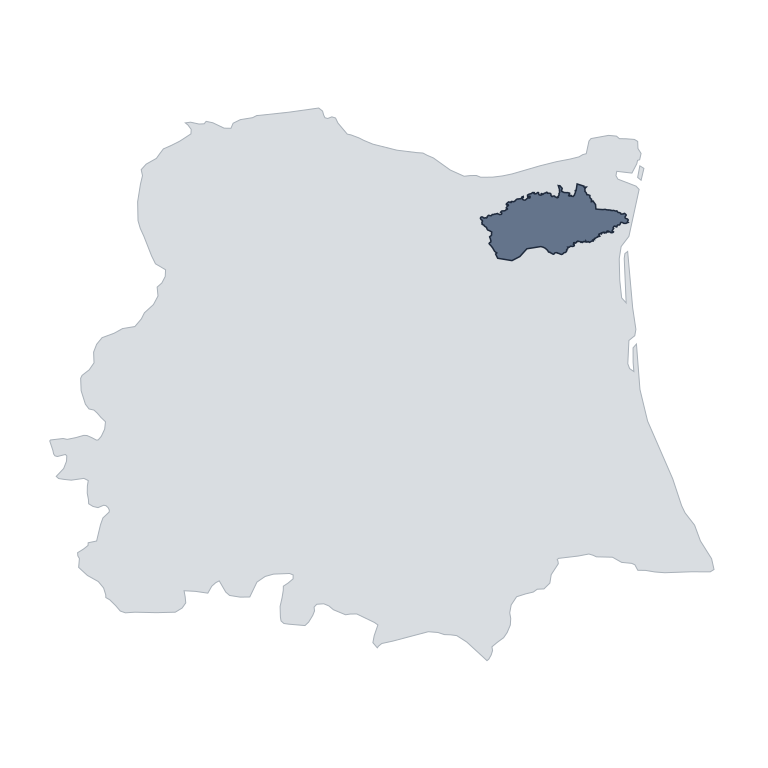 Me, Agnéby, Ivory Coast shown in context, rotated 271°
{"feature_id": "98640826B88194950838049", "entity_name": "Me", "entity_type": "district", "adm_level": 2, "iso_a3": "CIV", "parent_name": "Ivory Coast", "parent_adm1": "Agnéby", "projection": "natural_earth1", "projection_center": [-3.666, 5.937], "detail": "fine", "context": "in_parent", "style": "filled", "palette": "slate", "viewbox_px": 768, "rotation_deg": 271, "n_neighbors": 0, "source": "geoboundaries", "source_scale": "gbopen_adm2", "svg_char_len": 9617}
<svg xmlns="http://www.w3.org/2000/svg" viewBox="0 0 768 768"><g transform="rotate(271 384 384)"><path d="M165.6,109.6L168.3,109.5L175.2,107.2L181.5,101.8L187.4,90.8L195.3,81.9L204.2,82.5L206.8,80.9L210.0,80.6L213.7,86.4L217.4,90.9L220.1,91.0L222.0,99.4L238.3,103.0L245.2,105.3L251.1,111.4L253.1,111.6L255.6,110.3L257.5,108.1L257.9,105.8L255.4,100.2L256.5,95.2L259.1,90.8L263.3,90.5L269.6,89.2L276.9,89.2L282.3,90.0L284.4,85.6L282.4,73.0L283.0,66.1L283.8,60.3L285.9,57.9L293.9,65.2L301.2,67.9L306.5,68.1L308.0,66.7L305.8,58.7L306.4,56.3L308.3,54.9L311.8,54.1L321.2,50.8L322.2,51.5L323.9,64.1L323.1,68.2L325.0,76.8L327.4,84.7L327.3,87.9L325.2,92.9L322.9,97.4L323.1,99.2L326.8,102.3L334.0,105.5L341.4,106.2L345.6,101.6L349.9,97.8L352.9,94.4L353.9,89.5L358.6,85.8L372.0,81.3L384.4,80.6L387.4,82.0L393.0,89.0L400.1,93.7L410.8,93.1L418.7,96.0L425.4,101.3L430.0,113.2L434.9,121.7L437.1,133.9L444.9,140.3L451.0,143.2L459.4,152.1L468.0,156.5L476.9,155.5L481.1,160.1L487.7,163.4L494.4,163.6L500.2,153.4L508.0,149.4L527.6,141.3L535.3,137.6L543.1,135.2L561.9,134.5L579.5,137.0L588.1,138.9L594.1,137.5L599.7,142.4L605.6,152.5L610.4,155.8L615.2,159.3L618.9,167.3L623.1,175.3L625.4,178.8L630.7,186.6L635.2,186.8L639.6,183.4L641.6,180.8L642.4,186.0L640.7,194.4L641.0,199.6L643.5,201.6L642.2,208.3L637.0,219.7L637.0,226.5L642.1,228.6L645.8,235.7L648.0,248.0L650.2,252.1L650.4,254.6L654.1,284.2L658.8,313.9L655.8,317.8L651.8,319.0L649.2,320.3L648.5,323.1L650.2,327.2L649.1,330.9L644.1,333.4L633.2,342.9L632.5,346.6L629.6,354.7L627.2,359.6L623.6,368.7L618.0,392.8L615.9,412.8L615.6,418.9L613.4,423.2L610.9,429.4L599.1,446.5L593.1,460.5L593.9,466.6L594.1,472.7L592.4,477.1L592.7,488.9L594.1,498.8L596.3,508.5L604.8,535.9L609.3,552.6L612.1,566.0L614.5,575.0L616.8,578.7L617.8,582.2L630.5,584.7L633.0,586.7L636.5,604.2L635.9,612.1L633.4,615.1L633.4,621.8L632.9,630.1L631.0,633.4L623.9,633.8L619.0,637.0L612.7,635.7L612.0,633.6L608.6,632.9L599.2,628.2L600.7,613.0L596.3,612.3L592.9,614.3L586.2,632.6L583.0,635.7L535.9,626.3L525.6,618.7L513.3,617.0L492.0,617.9L474.3,620.1L469.3,624.7L513.8,622.0L518.6,622.6L520.8,625.3L464.5,631.3L443.0,634.9L436.7,633.9L431.8,628.1L408.5,627.4L403.7,629.3L400.8,633.6L410.0,632.7L424.5,632.4L428.4,635.7L383.0,640.0L351.5,648.2L338.2,654.3L294.3,674.3L267.5,683.7L260.5,687.2L248.3,697.0L232.6,703.1L215.0,714.6L204.3,717.2L201.9,713.5L201.6,694.1L200.2,668.0L200.8,658.1L202.2,648.7L202.2,641.0L207.6,638.0L209.0,634.8L209.8,624.7L214.8,615.5L214.9,599.4L216.4,596.1L217.6,591.8L215.4,581.3L212.7,561.5L211.3,560.2L210.1,561.0L207.3,561.4L196.3,554.5L187.8,553.3L181.9,547.5L181.5,540.8L178.6,536.9L176.6,529.2L173.6,520.3L165.3,515.0L157.4,513.7L151.8,514.8L145.2,514.5L137.7,511.5L132.5,508.1L127.6,501.7L123.1,496.5L119.4,497.2L115.0,495.9L110.7,493.6L109.2,491.8L127.5,471.2L133.7,461.1L134.4,454.9L134.5,448.7L136.5,442.3L137.1,432.6L127.1,397.3L124.5,386.3L121.8,383.1L120.1,381.9L125.2,377.4L132.2,378.6L143.0,382.1L145.4,378.6L153.6,360.8L153.4,354.2L152.6,349.6L157.4,337.4L161.2,332.7L163.2,327.6L162.6,320.6L159.7,318.0L155.9,318.5L151.4,316.8L144.6,312.8L141.1,309.2L142.2,293.1L142.8,288.1L145.3,285.2L149.1,284.5L159.8,284.0L168.4,285.8L176.0,286.9L180.1,286.9L183.3,291.6L187.6,296.5L191.5,296.5L192.9,292.9L192.0,276.9L189.5,268.5L183.7,260.4L168.7,253.5L168.4,243.8L169.9,233.3L173.2,229.4L184.3,222.7L182.4,219.2L178.8,215.3L171.8,211.5L173.4,198.9L173.8,187.7L167.8,188.9L161.7,189.6L156.5,186.1L152.2,179.3L151.4,160.6L151.5,139.0L150.7,129.4L152.4,124.3L157.7,119.6L163.5,113.5L165.6,109.6ZM606.6,636.0L604.1,640.1L592.2,637.5L595.0,634.0L606.6,636.0Z" fill="#d9dde1" stroke="#a8b0b8" stroke-width="1"/><path d="M529.2,587.1L530.7,589.6L530.7,589.9L530.5,590.2L530.6,590.8L531.4,591.0L531.8,590.6L531.9,591.0L532.2,591.2L532.2,591.5L532.3,591.4L532.6,591.7L532.8,591.7L533.1,592.2L533.3,592.2L533.4,592.8L534.4,594.2L534.6,595.0L535.2,595.1L535.4,595.6L535.2,596.3L535.4,596.4L535.5,597.0L536.1,596.5L536.5,596.8L537.1,596.2L537.4,596.2L537.4,596.6L537.7,596.6L537.9,596.8L537.9,597.4L538.2,597.7L538.0,598.3L538.4,598.5L538.2,598.7L538.9,598.7L539.3,599.8L538.9,600.1L539.1,600.5L539.6,600.9L539.6,601.2L539.3,601.4L539.4,601.7L538.8,601.9L538.9,602.3L539.1,602.4L539.1,603.5L539.7,603.5L539.8,604.5L540.1,604.1L540.6,604.2L540.6,604.5L540.4,604.8L540.8,605.0L540.7,605.2L540.4,605.3L540.7,605.9L540.4,606.1L540.2,606.0L540.2,606.9L539.5,607.7L539.7,608.0L539.6,608.6L539.3,608.5L539.2,608.9L539.2,609.2L539.5,609.2L539.6,609.5L539.6,610.4L540.0,610.8L540.7,611.1L540.2,610.6L540.2,610.0L540.7,609.6L541.5,609.5L543.4,610.9L544.1,610.3L545.5,611.0L545.9,611.6L545.7,612.1L545.8,612.5L545.1,613.4L545.1,614.0L545.7,614.3L546.4,614.3L547.0,614.8L547.1,615.4L547.1,616.6L547.3,616.9L548.4,617.5L549.1,617.6L549.8,618.1L549.6,619.6L548.8,621.0L548.8,623.2L549.2,623.6L549.8,625.3L550.3,624.7L550.6,624.6L550.9,624.7L552.0,625.3L552.4,625.3L552.8,625.0L553.3,624.4L553.6,623.3L553.9,622.6L554.3,622.2L555.1,622.1L555.6,622.2L556.7,623.1L557.2,623.2L557.7,622.9L558.8,621.6L558.7,621.0L558.3,620.5L558.0,618.3L558.0,618.2L558.5,617.6L559.0,617.6L559.5,616.6L559.6,615.1L560.2,614.5L561.0,614.1L561.2,613.6L560.9,613.1L560.9,612.7L561.6,610.6L561.5,609.6L561.3,609.0L561.6,608.6L561.5,607.7L561.8,607.5L561.9,607.0L562.0,605.4L561.8,605.1L562.0,604.7L562.0,603.8L562.5,602.1L562.2,599.8L562.3,597.6L562.5,594.0L562.7,592.8L567.1,592.4L570.7,589.7L570.0,588.8L569.9,588.1L572.4,588.3L573.0,587.4L573.7,586.8L574.7,586.5L576.1,586.6L576.9,584.4L576.7,584.0L576.8,583.5L578.6,582.9L580.3,581.4L580.7,581.6L581.4,581.6L582.4,581.3L583.7,582.1L584.4,582.8L584.4,582.1L583.9,581.1L584.7,580.3L584.9,580.2L585.1,580.5L585.3,580.5L587.4,573.6L580.9,572.7L581.0,572.4L580.8,571.9L580.2,572.2L579.8,572.0L578.7,572.0L576.6,571.1L576.1,571.1L575.4,570.3L574.8,569.9L575.0,568.3L575.3,568.4L575.9,567.7L575.8,567.0L575.5,566.7L575.3,566.8L575.1,566.2L575.5,565.3L575.8,565.4L576.4,565.9L576.8,565.8L577.6,566.3L578.1,566.2L578.1,565.7L578.6,564.4L578.5,563.6L578.6,560.6L578.9,560.3L578.9,559.8L579.4,559.2L579.6,558.4L580.5,558.0L581.0,558.4L581.6,558.4L582.4,558.8L583.0,558.6L583.4,558.1L585.2,556.6L585.4,556.2L585.2,555.6L585.4,554.8L581.4,556.1L580.6,556.0L578.7,556.3L577.1,555.5L576.5,555.8L576.0,555.7L574.8,555.0L574.5,554.6L574.2,554.6L573.7,554.9L573.3,554.3L573.2,553.7L573.6,553.5L573.9,552.6L574.0,551.9L574.9,551.3L574.9,550.3L574.7,549.3L574.3,548.9L574.4,548.5L575.5,547.6L576.2,547.7L577.3,547.3L577.5,546.9L577.7,545.4L577.5,544.3L577.6,544.1L578.4,543.8L578.6,543.5L578.5,543.0L577.8,542.2L577.7,541.4L577.4,540.7L576.4,539.7L576.4,539.4L577.1,538.7L577.2,538.1L577.1,537.9L576.6,537.9L575.9,538.3L575.5,537.5L575.6,536.8L575.9,535.8L576.5,535.4L578.0,535.2L578.2,534.9L578.2,534.5L578.1,534.2L577.0,533.0L576.7,531.6L577.1,530.6L578.0,530.9L578.0,530.0L578.1,529.6L577.9,529.0L577.0,528.1L576.3,525.6L575.4,524.2L574.6,524.2L573.6,524.4L573.4,524.6L573.5,525.1L574.3,525.9L574.3,526.4L574.2,526.7L573.7,526.9L572.8,526.7L572.6,526.6L572.4,526.1L572.6,525.3L572.4,524.3L570.4,522.1L570.3,521.3L570.4,520.6L571.0,519.3L571.8,519.2L573.1,520.1L573.7,520.0L573.6,519.9L573.8,519.8L573.8,519.5L573.6,518.8L572.5,518.3L571.6,517.5L571.5,515.7L571.3,515.3L571.4,514.7L571.2,513.8L570.8,513.1L569.1,511.6L569.1,511.3L568.5,510.6L568.8,508.4L568.6,508.1L568.2,508.4L567.6,507.8L568.1,506.5L568.0,505.6L568.2,505.3L566.4,503.3L565.8,503.1L565.1,503.5L565.0,503.9L565.4,504.3L565.5,504.7L565.4,505.1L564.8,505.3L564.0,504.6L563.2,503.7L562.2,503.1L561.6,503.5L561.4,504.3L561.1,504.4L560.7,504.0L560.5,503.1L559.7,502.4L559.4,501.8L559.2,501.1L559.1,499.0L558.8,498.4L557.8,497.6L557.3,498.5L557.0,498.8L556.0,498.6L555.7,498.4L555.4,496.6L555.9,495.8L556.0,495.0L556.5,494.4L556.4,494.2L555.8,492.2L555.9,491.8L555.4,490.7L555.4,489.3L554.2,488.4L554.1,487.5L554.5,485.7L554.4,485.4L553.1,484.2L552.3,484.2L551.8,483.6L552.0,482.1L551.7,481.8L551.6,481.4L551.8,480.7L552.7,479.7L552.8,478.7L552.4,477.9L552.1,477.7L551.3,477.5L550.7,477.8L549.7,478.6L549.3,479.4L548.9,479.6L548.2,479.6L547.5,479.0L546.4,479.4L545.7,479.1L545.5,479.7L544.8,480.3L544.7,481.0L543.6,481.7L542.3,483.8L541.7,483.9L540.3,484.6L539.6,485.3L539.1,487.1L538.6,487.5L538.2,488.6L537.8,489.1L536.0,488.8L534.9,489.0L533.7,488.0L533.3,487.2L533.0,487.0L531.9,487.4L531.3,487.8L530.1,488.0L529.3,488.4L529.0,488.3L528.1,488.4L527.6,488.1L527.3,487.3L526.4,486.6L525.6,487.0L524.4,488.3L521.9,490.3L518.7,492.2L517.9,493.1L517.0,494.5L515.9,493.3L511.7,495.5L509.6,509.8L513.8,517.6L521.7,524.5L524.1,538.1L524.1,538.7L523.5,540.9L522.5,542.9L520.5,545.2L518.8,546.2L518.6,547.7L518.2,547.9L517.5,549.5L517.0,550.1L516.7,551.4L516.8,551.6L517.9,552.4L518.1,552.7L518.3,553.5L518.2,554.0L518.4,554.4L518.3,554.9L517.9,555.2L517.4,557.2L517.0,557.8L516.6,559.3L517.0,560.3L518.4,561.7L518.7,563.2L519.6,564.0L520.6,564.5L520.9,564.2L521.3,564.2L522.0,564.7L522.2,565.2L522.7,565.3L523.6,565.8L523.7,565.6L524.0,565.4L524.1,567.1L524.9,567.8L525.0,568.2L524.8,570.2L524.9,570.7L525.4,571.7L525.7,571.9L526.5,571.8L526.6,571.6L526.8,571.0L527.0,570.9L527.5,571.2L528.0,571.1L528.3,571.5L528.6,571.4L528.7,572.3L528.2,572.5L528.2,573.1L529.1,574.2L529.7,574.2L529.8,574.5L529.9,575.0L530.3,575.4L529.9,576.0L529.8,577.6L529.5,578.1L529.1,578.3L529.2,578.7L529.5,578.8L529.6,579.1L528.9,579.7L529.0,579.9L529.4,579.9L529.4,580.3L529.7,580.7L529.6,580.9L529.6,581.4L529.9,581.4L529.9,581.9L530.2,582.8L530.0,583.2L530.4,583.3L530.0,583.5L529.8,583.2L529.6,583.2L529.6,583.8L529.4,584.1L529.6,585.1L529.9,585.4L529.9,586.0L529.5,586.3L529.5,586.8L529.2,587.1Z" fill="#64748b" stroke="#1e293b" stroke-width="1.5"/></g></svg>